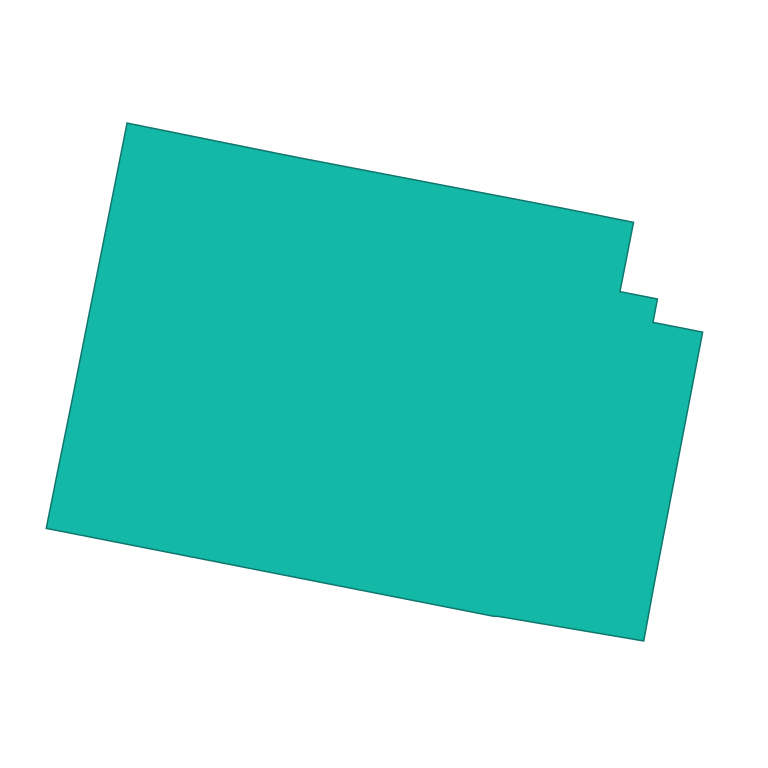 the district of Clinton, Indiana, United States of America, rotated 11°
{"feature_id": "52423323B28494216469443", "entity_name": "Clinton", "entity_type": "district", "adm_level": 2, "iso_a3": "USA", "parent_name": "United States of America", "parent_adm1": "Indiana", "projection": "robinson", "projection_center": [-86.427, 40.305], "detail": "fine", "context": "isolated", "style": "filled", "palette": "teal", "viewbox_px": 768, "rotation_deg": 11, "n_neighbors": 0, "source": "geoboundaries", "source_scale": "gbopen_adm2", "svg_char_len": 405}
<svg xmlns="http://www.w3.org/2000/svg" viewBox="0 0 768 768"><g transform="rotate(11 384 384)"><path d="M687.4,529.6L686.9,272.3L636.3,272.2L636.2,248.4L598.0,248.3L598.1,177.7L534.4,177.4L509.0,177.4L257.7,178.1L234.3,178.0L82.0,176.9L81.1,390.4L80.9,460.5L80.3,532.0L80.0,590.2L535.0,591.1L541.2,590.3L585.8,589.2L688.0,586.7L687.4,529.6Z" fill="#14b8a6" stroke="#0f766e" stroke-width="1.5"/></g></svg>